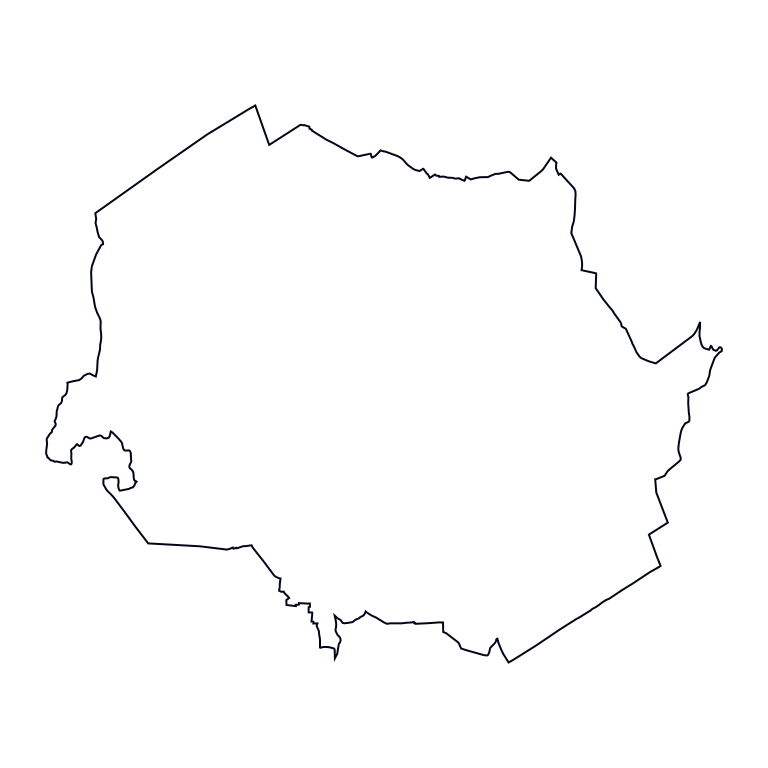 Uthai, Phra Nakhon Si Ayutthaya, Thailand (Equal Earth projection)
{"feature_id": "78962969B29377906715784", "entity_name": "Uthai", "entity_type": "district", "adm_level": 2, "iso_a3": "THA", "parent_name": "Thailand", "parent_adm1": "Phra Nakhon Si Ayutthaya", "projection": "equal_earth", "projection_center": [100.697, 14.357], "detail": "fine", "context": "isolated", "style": "outline", "palette": "ink", "viewbox_px": 768, "rotation_deg": 0, "n_neighbors": 0, "source": "geoboundaries", "source_scale": "gbopen_adm2", "svg_char_len": 6000}
<svg xmlns="http://www.w3.org/2000/svg" viewBox="0 0 768 768"><path d="M334.9,658.3L337.2,653.9L338.6,645.2L339.0,643.7L340.2,642.0L340.6,640.2L340.4,638.6L339.9,637.4L337.5,634.8L336.4,632.8L335.7,631.0L335.5,629.8L336.1,626.7L336.2,624.4L335.9,621.3L334.7,615.6L338.0,618.6L340.5,619.9L342.2,622.3L342.9,623.0L344.7,623.3L345.9,623.0L348.4,622.9L349.6,622.5L352.1,622.2L353.1,621.7L355.3,619.9L359.0,618.3L360.3,617.1L362.8,615.9L363.8,615.2L365.2,612.8L365.7,611.5L366.4,612.2L371.0,615.2L376.1,617.6L384.3,622.6L387.0,623.8L390.7,623.3L401.8,623.3L405.7,622.8L411.4,622.5L413.7,621.9L414.0,622.1L414.2,623.1L415.3,623.1L415.5,623.8L428.1,623.2L439.1,622.4L443.0,622.5L443.2,632.0L446.2,633.2L458.2,642.4L459.1,643.8L460.9,648.1L461.4,648.6L466.7,650.3L483.4,655.0L486.8,655.5L487.9,655.1L489.3,652.2L490.0,648.5L490.5,647.6L494.5,643.5L495.6,641.9L496.2,640.6L496.3,639.4L496.8,638.9L497.4,638.7L498.5,642.9L501.3,649.9L503.3,654.0L508.6,662.5L513.5,659.7L536.6,645.2L559.5,629.7L576.2,619.1L578.9,617.7L590.5,610.5L592.5,608.8L595.5,607.3L599.5,604.6L601.3,603.1L605.8,600.1L609.0,598.8L623.2,589.4L632.6,583.6L650.1,572.0L658.8,567.1L660.6,565.9L657.0,557.0L648.9,534.6L667.8,522.6L656.3,492.6L655.2,479.3L656.1,479.2L664.6,475.8L667.4,471.5L668.7,470.1L678.8,461.7L680.5,460.0L680.7,459.1L680.7,457.9L678.6,451.6L678.3,448.4L678.9,442.8L680.9,431.9L682.1,428.4L685.0,423.6L685.7,423.1L688.7,421.8L689.1,421.2L689.4,420.4L689.4,416.5L688.8,412.4L688.2,403.4L688.4,397.0L687.8,394.9L687.9,393.9L688.4,393.3L699.2,388.7L701.2,387.1L704.8,385.3L705.4,384.7L706.8,382.3L708.8,377.1L709.3,375.6L710.0,370.8L710.8,368.2L714.4,358.6L714.8,357.7L719.1,352.7L721.7,351.1L721.9,349.6L721.7,348.5L720.7,347.3L719.4,347.3L716.9,350.4L715.9,350.8L713.2,349.6L712.5,348.5L711.6,346.4L710.9,345.9L710.6,346.3L709.3,349.4L708.9,349.7L704.3,348.2L703.7,347.9L702.5,346.5L701.6,344.7L700.7,341.7L699.5,336.1L699.5,332.6L700.0,328.0L700.1,321.9L697.8,327.7L696.5,330.5L694.2,334.0L692.0,336.3L655.8,363.4L649.4,361.5L645.9,360.1L641.3,358.1L639.5,356.6L636.5,352.2L633.4,345.4L632.4,343.7L631.5,341.1L625.9,328.9L625.4,328.5L621.7,326.4L621.0,323.2L620.4,322.1L614.3,313.6L612.6,310.7L609.4,307.0L603.3,299.3L595.7,288.2L596.2,273.7L596.0,273.3L581.6,270.2L582.1,266.0L582.1,263.4L581.7,259.6L580.9,256.0L571.3,233.1L572.1,227.0L573.8,221.4L574.5,215.9L575.0,208.8L575.3,198.4L575.6,195.1L575.4,191.2L574.4,188.9L573.2,187.3L560.7,173.7L560.3,173.6L558.7,174.8L556.0,168.5L556.1,164.3L556.5,162.7L551.0,157.7L543.0,169.4L541.1,171.2L529.2,180.8L518.8,179.7L510.3,172.4L509.1,171.9L507.5,171.9L498.5,173.8L495.4,173.9L489.9,176.1L488.1,177.1L480.0,177.2L474.5,178.3L470.8,179.4L466.1,176.7L464.8,180.4L464.4,180.8L460.4,179.1L459.1,178.3L454.7,178.6L453.1,177.9L447.6,177.6L443.7,176.6L439.1,176.8L438.9,175.9L436.3,175.7L435.0,174.5L429.8,177.9L427.9,174.3L426.7,173.5L423.4,168.8L423.1,168.8L419.5,171.0L415.4,170.0L413.0,168.8L408.6,165.6L406.8,164.0L402.9,159.5L400.5,157.7L397.7,156.1L385.9,151.8L381.8,150.9L380.6,150.4L376.5,154.7L374.5,156.4L372.0,157.6L371.6,157.2L370.8,153.9L370.4,153.7L358.2,156.3L357.2,156.1L343.8,149.0L333.5,143.2L326.4,139.7L311.9,130.6L311.7,130.4L311.7,129.7L309.5,128.6L309.4,126.8L309.2,126.6L304.1,125.1L303.5,125.3L301.4,124.9L300.6,124.8L300.2,125.0L269.2,144.9L255.3,105.5L247.7,109.8L207.1,134.5L156.8,169.5L95.3,213.2L96.2,219.0L95.6,222.6L95.7,223.7L96.7,227.5L97.7,232.4L99.1,237.1L101.7,239.8L102.6,241.1L102.8,241.9L103.1,244.1L102.9,244.4L102.2,244.5L101.3,245.0L100.9,245.6L96.0,254.7L91.8,266.5L91.1,272.3L91.9,291.4L93.5,297.7L95.0,306.5L95.4,307.9L97.2,312.9L99.9,318.4L100.7,321.1L100.5,328.5L101.2,334.9L101.2,338.3L100.8,341.7L100.2,344.6L100.0,349.7L98.0,358.0L97.6,360.5L97.1,370.3L95.8,376.5L93.0,375.3L89.9,373.6L88.5,373.7L87.1,374.1L83.7,375.9L81.5,378.5L79.1,380.1L72.7,381.3L67.4,382.7L67.6,384.3L67.2,390.6L66.3,393.5L65.6,394.7L62.5,397.1L62.2,397.9L62.0,400.6L61.4,402.6L60.8,403.4L58.7,405.1L58.1,406.0L56.7,411.6L56.5,416.4L55.6,419.2L54.7,420.9L54.7,421.5L55.7,423.8L55.6,425.5L52.3,429.5L51.7,432.2L50.0,433.7L46.8,438.6L46.7,439.7L47.1,443.8L46.3,450.0L46.1,453.1L46.3,454.2L47.2,456.1L47.4,457.4L48.3,457.8L50.2,459.9L51.4,460.5L53.2,460.8L54.5,461.7L57.3,461.5L59.2,462.1L63.7,462.9L67.3,462.3L70.2,464.3L70.9,464.4L71.2,464.3L71.5,463.8L71.8,462.1L71.2,458.4L71.4,454.0L71.1,450.8L71.2,450.0L71.5,449.5L74.5,447.1L76.8,444.2L77.3,444.3L78.5,445.5L79.3,446.0L80.5,445.7L83.0,442.0L84.5,437.8L84.9,437.3L85.9,436.8L86.9,436.8L89.5,438.4L90.9,438.5L99.7,435.4L101.4,435.9L103.4,437.8L104.0,438.1L106.5,438.4L108.6,437.8L109.3,436.9L109.9,435.4L110.8,431.5L112.7,432.7L118.1,438.2L121.6,442.3L122.0,443.3L123.2,448.5L124.0,450.0L125.2,450.6L128.9,450.4L129.4,450.6L130.1,451.3L130.8,453.2L130.9,457.0L131.3,461.1L131.2,461.7L129.5,465.3L129.3,466.9L129.8,468.1L132.1,470.2L133.0,471.7L133.4,473.1L133.8,478.4L134.0,479.4L134.3,480.1L134.9,480.7L136.6,481.6L136.2,482.3L135.5,482.4L134.4,485.5L132.7,487.5L131.0,487.8L129.0,488.9L119.9,490.7L119.4,490.2L118.5,488.1L118.1,485.1L118.6,482.2L118.4,479.5L118.0,478.1L117.2,477.5L111.1,477.1L110.2,477.2L107.5,478.3L104.2,478.5L103.4,479.3L103.4,483.9L103.7,484.9L106.3,489.5L107.7,491.2L111.0,494.4L114.1,497.9L125.5,513.1L134.8,525.9L148.2,543.4L199.9,546.3L227.0,549.6L230.4,548.6L232.8,547.5L233.4,548.7L233.9,548.7L236.1,547.7L236.4,547.8L236.8,548.3L243.1,546.2L245.9,546.1L251.5,545.3L252.8,547.7L264.3,562.3L274.3,575.7L275.4,576.5L278.3,578.0L280.5,578.5L279.8,584.0L279.7,587.4L279.1,590.7L281.4,591.8L283.7,591.6L284.5,593.1L285.7,594.4L287.4,595.9L289.1,598.0L286.3,600.1L286.5,605.0L295.8,606.1L295.8,604.8L298.8,604.7L298.9,603.1L307.5,603.6L309.9,603.5L309.9,606.9L308.7,607.2L308.6,608.7L308.7,612.4L312.1,612.5L312.3,613.7L311.5,621.5L313.4,621.7L313.4,623.5L317.4,623.4L316.7,625.8L316.8,626.4L318.9,631.1L319.2,634.8L320.0,639.3L320.0,647.5L320.3,647.8L322.8,647.1L325.9,646.9L329.8,647.3L334.2,648.6L334.7,650.0L334.9,658.3Z" fill="none" stroke="#020617" stroke-width="2"/></svg>